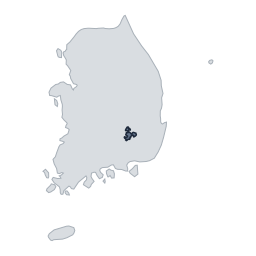 Dalseong-gun, North Gyeongsang, South Korea shown in context
{"feature_id": "91817680B33489673734556", "entity_name": "Dalseong-gun", "entity_type": "district", "adm_level": 2, "iso_a3": "KOR", "parent_name": "South Korea", "parent_adm1": "North Gyeongsang", "projection": "robinson", "projection_center": [128.491, 35.771], "detail": "fine", "context": "in_parent", "style": "filled", "palette": "slate", "viewbox_px": 256, "rotation_deg": 0, "n_neighbors": 0, "source": "geoboundaries", "source_scale": "gbopen_adm2", "svg_char_len": 4425}
<svg xmlns="http://www.w3.org/2000/svg" viewBox="0 0 256 256"><path d="M65.6,50.3L66.7,49.5L66.7,48.4L66.8,44.7L69.8,42.1L74.1,36.8L76.2,33.9L78.6,31.3L81.3,29.5L84.1,28.6L88.3,28.2L96.5,28.6L98.1,28.3L103.7,28.0L105.1,28.5L109.2,28.8L113.8,28.4L116.1,27.6L118.2,26.3L120.1,23.9L122.0,19.5L124.0,16.0L125.2,15.4L133.6,33.9L141.6,45.9L148.4,54.6L158.2,71.3L161.1,80.3L161.3,85.8L163.0,93.5L161.6,97.8L162.1,104.7L161.5,108.2L160.3,110.9L160.2,115.9L160.6,118.5L160.7,122.1L161.5,123.5L162.6,124.0L164.4,122.7L166.5,122.1L166.2,126.4L163.6,137.2L161.3,145.1L158.2,151.9L154.3,158.2L149.5,160.7L146.1,161.5L139.8,161.9L134.5,160.8L129.9,161.6L128.1,162.9L126.7,165.1L127.7,168.6L127.6,171.1L125.6,171.0L121.7,169.5L117.5,169.3L115.4,168.5L113.4,164.8L111.4,165.0L107.8,167.2L102.3,167.6L100.3,168.8L99.7,170.3L100.5,172.3L103.2,174.8L102.3,177.4L99.4,178.7L97.1,175.5L95.6,172.4L94.0,172.2L91.5,173.1L91.0,176.5L92.1,178.7L94.1,181.4L91.3,184.4L90.6,186.5L88.7,188.1L83.4,184.7L84.2,182.2L86.5,179.8L86.8,177.4L86.0,175.9L78.5,182.1L73.8,189.1L71.4,188.6L70.3,186.8L68.9,186.1L63.9,190.6L62.9,194.2L61.1,194.3L60.3,192.8L60.2,189.6L59.4,186.8L54.2,182.8L51.9,179.4L53.2,177.4L57.5,178.5L60.9,178.3L60.3,176.7L59.2,175.9L61.4,175.0L63.4,173.1L61.8,172.5L59.4,173.6L57.4,173.1L56.6,168.5L54.2,163.9L53.0,159.4L55.4,156.7L56.7,152.7L58.9,146.8L60.1,144.9L63.2,143.6L64.3,142.1L62.6,141.3L59.9,140.6L60.0,138.9L61.8,138.0L63.9,136.1L67.9,133.8L69.2,129.6L68.0,128.5L65.5,127.5L66.1,125.3L67.2,123.7L66.8,122.7L63.9,119.9L61.9,117.3L62.5,114.5L62.1,110.1L62.4,106.4L62.3,104.4L60.9,99.9L60.3,95.5L58.4,96.1L56.8,97.2L51.4,95.6L49.7,95.5L49.0,92.2L51.0,88.1L55.7,84.5L58.3,84.0L60.3,82.4L63.5,81.9L67.2,84.4L70.5,84.9L72.4,89.1L73.5,90.0L73.8,88.5L76.5,86.6L77.2,85.3L76.6,84.5L73.5,83.7L70.7,78.5L70.3,76.2L69.3,74.7L70.8,70.5L67.6,65.7L66.1,64.2L66.3,59.9L64.7,57.1L63.7,55.6L63.2,53.0L63.7,51.8L65.1,51.4L65.6,50.3ZM53.7,239.7L52.1,240.6L50.6,240.1L50.3,239.7L48.5,237.3L48.1,236.0L49.3,233.7L54.1,229.9L66.6,226.2L68.9,226.0L73.8,227.6L74.8,230.5L73.9,233.1L72.7,234.8L67.0,237.7L62.6,239.1L53.7,239.7ZM137.9,174.1L134.6,176.7L130.2,173.3L129.1,171.4L132.5,168.6L135.3,165.4L137.2,165.2L137.9,174.1ZM114.4,173.8L114.1,177.9L111.6,178.1L110.1,175.5L108.6,176.8L107.8,176.8L106.5,173.5L106.3,171.0L109.2,169.0L111.0,170.2L113.5,170.8L114.4,173.8ZM50.7,192.0L48.5,192.6L47.3,191.2L46.4,190.8L46.9,188.9L50.6,185.2L51.3,183.9L54.6,184.7L55.9,186.7L54.3,189.6L50.7,192.0ZM61.7,52.2L61.5,57.6L59.6,57.4L58.3,56.9L57.8,55.8L56.5,50.7L58.0,48.6L60.8,50.3L61.7,52.2ZM48.7,176.9L48.2,178.0L46.7,177.7L45.2,174.8L44.6,172.5L43.0,171.3L45.5,169.3L48.6,172.8L48.7,176.9ZM57.8,103.8L57.3,106.5L55.0,104.7L54.4,98.8L56.7,100.5L57.8,103.8ZM212.4,62.9L210.8,64.1L208.9,62.9L208.7,61.6L209.7,60.4L211.9,59.8L213.0,60.8L212.4,62.9ZM68.8,193.1L69.4,195.0L66.6,194.7L65.1,192.8L65.3,191.1L67.0,190.9L68.8,193.1ZM105.2,181.8L104.8,183.1L103.0,181.1L104.8,179.0L105.2,181.8Z" fill="#d9dde1" stroke="#a8b0b8" stroke-width="1"/><path d="M135.9,133.2L134.6,132.8L134.1,132.6L133.5,132.4L133.2,132.4L132.7,132.6L132.4,132.9L132.2,133.3L132.1,133.7L131.7,133.9L131.2,133.9L131.0,133.6L130.2,132.8L129.5,132.2L129.2,132.0L128.9,132.1L128.6,132.3L128.2,132.5L127.4,132.7L126.8,132.6L126.4,132.7L126.3,133.1L126.3,133.8L125.9,134.2L125.8,134.6L126.0,135.1L126.4,135.4L126.9,135.6L127.4,135.9L127.3,136.2L127.5,136.8L126.9,137.1L126.2,137.3L125.6,137.2L125.3,137.0L124.6,136.8L124.3,137.2L124.6,138.1L125.0,138.4L125.6,138.8L126.0,139.0L126.2,139.4L126.1,139.9L125.8,140.1L126.2,140.5L126.3,140.6L126.7,140.4L127.1,140.2L127.4,139.9L127.6,139.6L128.0,139.4L128.5,139.3L129.0,139.3L129.6,139.3L129.8,139.1L129.8,138.6L129.8,138.2L130.0,137.6L130.5,137.7L130.7,137.2L130.6,136.5L131.2,136.1L131.8,135.4L132.5,135.2L133.2,135.3L133.4,135.9L133.4,136.4L133.8,136.9L134.3,136.7L134.5,136.2L135.0,136.1L135.3,136.1L136.1,135.3L136.3,134.7L136.3,134.3L136.1,134.1L135.9,133.6L135.9,133.2ZM126.5,128.2L126.1,128.8L126.0,129.1L125.6,129.8L125.5,130.3L125.6,130.5L125.9,130.7L126.2,130.6L126.8,130.6L127.0,130.7L127.3,130.9L127.5,131.1L128.0,131.2L128.4,131.0L128.4,130.7L128.4,130.4L128.7,130.1L129.1,129.9L129.4,129.9L129.6,130.0L130.1,130.1L130.3,130.0L130.3,129.5L130.3,129.4L129.6,128.5L129.2,128.9L128.4,128.5L128.2,128.1L128.4,127.5L128.3,127.1L127.9,127.0L127.6,127.0L127.1,127.2L126.8,127.7L126.5,128.2Z" fill="#64748b" stroke="#1e293b" stroke-width="1.5"/></svg>